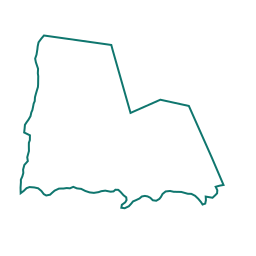 outline of Boa Hora, Piauí, Brazil, rotated 278°
{"feature_id": "56859067B27565028422565", "entity_name": "Boa Hora", "entity_type": "district", "adm_level": 2, "iso_a3": "BRA", "parent_name": "Brazil", "parent_adm1": "Piauí", "projection": "natural_earth1", "projection_center": [-42.142, -4.374], "detail": "fine", "context": "isolated", "style": "outline", "palette": "teal", "viewbox_px": 256, "rotation_deg": 278, "n_neighbors": 0, "source": "geoboundaries", "source_scale": "gbopen_adm2", "svg_char_len": 1524}
<svg xmlns="http://www.w3.org/2000/svg" viewBox="0 0 256 256"><g transform="rotate(278 128 128)"><path d="M48.1,135.9L50.6,139.7L53.5,141.7L56.0,143.2L57.5,145.7L59.8,149.2L62.1,151.2L63.1,154.1L63.0,156.9L62.0,159.8L59.9,162.6L59.9,166.1L62.1,168.9L64.3,170.2L67.5,171.4L70.4,174.1L71.5,178.4L71.2,182.1L71.6,185.5L72.1,189.6L71.6,193.4L71.2,196.3L71.6,199.9L70.2,203.9L67.7,207.4L64.8,210.6L62.6,212.5L63.9,215.0L67.4,215.2L70.9,214.5L70.8,217.6L70.7,221.4L73.5,223.7L75.7,225.3L78.8,225.1L82.0,223.0L83.7,226.9L84.9,230.5L110.2,215.2L158.3,185.2L160.5,156.1L143.3,128.4L186.0,109.5L203.4,101.8L207.9,99.9L207.9,96.1L207.9,31.9L204.6,29.8L200.4,27.5L196.3,27.2L193.4,27.3L187.9,27.2L183.8,26.4L180.3,27.6L174.1,30.7L169.6,31.1L166.8,31.9L163.5,32.3L158.8,32.9L156.0,33.1L152.9,32.6L148.8,32.0L145.5,31.6L141.6,31.9L139.1,31.2L135.2,31.0L132.4,30.8L130.0,30.1L126.1,29.8L122.4,28.3L119.6,26.8L116.8,25.5L113.0,25.7L109.1,25.8L107.1,31.9L102.3,32.5L99.6,31.9L96.5,32.3L91.4,33.1L85.0,32.3L81.3,33.4L79.2,32.0L77.0,30.5L72.2,29.9L68.9,30.6L65.3,30.1L61.9,29.1L59.4,29.5L53.9,29.9L48.5,30.8L51.2,33.5L54.3,35.9L55.8,38.7L56.1,43.5L55.8,47.4L53.6,51.0L50.8,53.8L49.8,56.4L51.1,60.1L53.2,61.8L55.8,64.1L58.4,68.1L59.1,72.6L60.0,75.6L60.2,78.9L62.1,82.0L61.1,85.8L61.2,90.1L59.7,94.5L58.9,98.9L59.0,103.2L60.4,107.8L61.7,110.3L62.8,114.2L62.5,119.6L63.2,122.5L65.1,124.1L65.4,127.0L63.6,129.6L60.8,132.9L59.1,135.9L56.4,136.6L54.0,135.6L51.1,132.6L48.1,132.5L48.1,135.9Z" fill="none" stroke="#0f766e" stroke-width="2"/></g></svg>